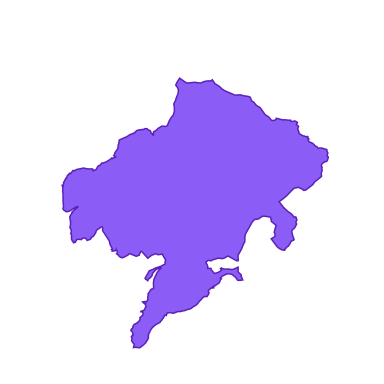 Ilva Mica, Bistrita-Nasaud, Romania, rotated 236°
{"feature_id": "2599482B62914410963288", "entity_name": "Ilva Mica", "entity_type": "district", "adm_level": 2, "iso_a3": "ROU", "parent_name": "Romania", "parent_adm1": "Bistrita-Nasaud", "projection": "mercator", "projection_center": [24.67, 47.297], "detail": "fine", "context": "isolated", "style": "filled", "palette": "violet", "viewbox_px": 384, "rotation_deg": 236, "n_neighbors": 0, "source": "geoboundaries", "source_scale": "gbopen_adm2", "svg_char_len": 5962}
<svg xmlns="http://www.w3.org/2000/svg" viewBox="0 0 384 384"><g transform="rotate(236 192 192)"><path d="M237.8,293.4L239.9,292.0L242.8,288.7L245.5,286.4L248.4,281.7L257.1,276.1L260.4,274.6L264.6,273.6L268.9,271.6L273.7,271.6L273.6,269.6L275.1,267.5L276.7,264.2L277.5,260.0L281.5,255.5L284.9,249.1L286.7,247.9L293.3,245.4L290.9,240.1L289.7,238.3L286.9,238.4L284.5,238.0L281.5,235.6L278.4,231.0L277.2,229.7L275.5,226.6L274.7,225.8L273.5,225.5L268.8,222.6L266.2,219.4L265.4,216.5L263.6,212.7L260.8,208.6L261.0,206.8L262.6,205.1L263.5,203.7L263.7,199.4L263.2,196.9L263.4,193.7L260.7,191.8L261.0,191.5L262.3,191.8L263.3,191.0L265.8,191.7L266.6,191.5L267.9,190.4L269.6,190.2L270.8,188.5L270.9,186.6L271.5,186.2L272.3,183.9L272.8,183.6L273.8,180.7L273.6,178.8L273.0,177.4L273.6,176.5L273.7,174.0L274.3,173.2L274.3,169.0L275.8,160.8L273.8,159.0L271.7,156.6L271.0,156.3L269.5,154.7L268.0,150.9L267.2,149.4L266.6,149.1L265.9,147.4L263.7,148.3L264.1,146.5L264.0,145.1L265.1,144.7L264.8,143.5L264.9,138.0L265.7,134.7L266.5,133.3L265.7,131.1L266.0,129.0L265.5,127.3L264.4,125.7L264.5,123.3L264.9,121.9L265.7,122.5L266.6,122.5L267.6,121.3L267.9,120.6L269.8,118.1L272.5,115.5L275.3,108.6L275.2,106.3L276.4,105.5L275.1,101.4L276.1,100.9L275.5,99.6L275.4,98.1L273.6,95.4L273.9,95.1L271.5,90.6L270.7,90.3L269.9,89.4L270.2,88.1L268.8,88.3L268.7,87.5L266.8,86.8L264.7,85.0L263.0,84.3L255.9,79.6L252.2,77.6L250.2,75.6L249.2,75.5L246.0,76.6L245.0,78.5L244.7,79.6L244.4,86.0L244.5,87.1L244.0,89.0L243.6,89.1L243.2,88.8L243.2,87.3L242.4,81.2L241.9,81.3L240.5,78.0L239.6,76.6L235.2,74.6L232.9,73.1L230.8,70.9L228.3,70.7L227.1,70.1L225.6,68.8L225.5,68.3L223.8,68.1L220.2,65.7L218.3,65.4L217.9,65.8L216.2,65.3L215.6,67.1L216.1,67.2L216.3,68.9L217.0,69.3L216.5,71.2L214.4,73.7L214.7,74.3L214.5,76.3L213.8,77.5L212.8,78.0L210.5,78.0L209.7,81.0L209.8,82.1L210.7,83.4L210.4,84.9L210.6,85.9L212.1,89.4L213.2,90.6L213.9,92.7L213.6,94.2L213.7,95.9L214.0,96.6L213.2,98.1L211.5,97.5L211.0,96.9L209.9,96.3L198.0,96.1L194.2,94.7L189.6,94.2L189.3,93.1L188.6,93.7L187.6,92.7L186.2,95.5L186.8,96.7L186.3,96.4L185.2,97.0L183.8,96.7L183.0,94.9L181.5,95.5L179.2,95.7L178.2,96.2L176.5,97.2L175.9,99.8L175.6,102.8L175.6,104.2L176.0,104.9L175.5,106.1L169.9,109.8L169.1,113.0L169.9,113.8L171.0,115.7L171.3,116.2L171.1,116.7L170.0,117.2L161.8,118.3L162.1,123.3L161.1,127.5L158.9,128.8L157.2,132.5L150.3,132.1L149.5,130.9L147.4,129.5L147.9,124.5L149.5,118.7L149.6,116.7L150.6,112.6L146.8,104.9L145.5,104.7L144.7,105.4L143.2,105.7L144.2,107.5L144.2,109.3L144.7,111.3L145.0,112.1L146.4,113.7L147.0,115.4L147.8,119.0L147.5,121.3L146.5,123.7L146.0,123.3L145.7,120.6L144.6,117.8L140.8,111.5L138.5,109.4L133.5,106.2L133.7,104.7L134.3,103.9L132.1,98.5L131.2,98.3L129.8,96.7L128.2,95.8L127.0,94.6L126.7,93.3L128.5,89.6L127.2,89.7L126.0,90.5L125.7,91.2L125.3,90.3L123.3,90.2L122.8,89.9L122.0,88.1L121.3,87.5L121.0,86.8L120.9,85.6L121.6,83.1L121.4,82.6L119.8,84.1L118.7,83.6L117.4,82.1L117.0,78.6L116.5,78.5L115.4,77.5L114.4,75.6L114.4,73.7L114.2,73.4L114.1,72.8L114.6,70.4L114.3,69.4L114.0,69.1L113.8,68.0L112.7,67.2L112.1,65.7L112.3,65.3L111.6,64.1L111.2,63.8L110.5,64.2L109.2,64.2L106.8,63.7L106.1,62.7L106.6,62.5L105.9,60.7L104.2,60.5L102.9,59.0L100.8,58.6L98.1,59.0L95.7,56.5L95.2,57.8L92.1,61.5L92.3,65.5L92.8,68.8L93.3,70.5L93.8,71.0L94.2,72.4L95.5,74.4L97.1,75.2L97.6,76.0L98.6,76.6L99.3,78.3L101.0,81.1L101.7,83.2L102.3,87.5L101.8,92.7L102.2,93.2L102.8,95.8L103.3,96.5L103.4,97.5L105.1,100.3L104.9,101.1L104.0,101.5L105.4,103.6L105.5,104.2L103.7,107.1L102.3,108.2L101.6,109.5L101.3,111.6L101.0,112.0L100.9,113.4L99.8,114.7L98.9,116.7L98.8,117.7L98.0,118.8L96.8,123.5L96.2,124.6L95.9,126.8L96.2,128.1L95.9,131.5L96.2,134.0L97.4,137.5L97.5,139.0L97.9,139.7L98.6,143.3L96.9,146.1L97.5,147.0L97.7,148.1L98.9,149.8L100.5,149.8L101.3,151.2L101.8,156.1L100.9,155.4L100.4,156.5L101.3,156.8L101.4,157.3L101.5,163.8L103.4,166.7L103.6,167.8L104.8,167.4L105.3,170.7L104.5,175.4L103.3,177.1L101.6,178.9L97.2,180.4L93.3,180.5L91.8,182.5L90.7,184.9L95.1,185.8L95.4,186.2L96.0,186.5L99.3,185.6L100.4,185.8L103.9,188.2L104.8,182.9L106.0,181.0L108.0,178.9L108.7,177.4L111.5,174.1L112.5,174.1L112.6,172.8L110.8,172.7L110.6,172.2L110.6,169.8L111.0,167.6L112.0,165.0L116.6,164.5L118.1,165.0L119.9,162.3L121.2,163.3L122.7,163.8L126.0,164.2L126.4,167.1L124.3,169.3L124.1,171.6L122.8,175.4L122.9,176.2L119.7,180.0L119.1,182.1L119.0,184.9L118.7,186.1L109.8,190.7L109.2,192.0L113.6,194.5L117.0,201.1L120.6,206.5L121.0,207.7L126.1,211.5L127.4,213.1L133.5,225.3L134.2,228.5L132.5,232.0L132.5,236.9L131.3,238.7L127.3,243.0L125.1,242.3L123.2,241.3L117.4,243.1L112.7,237.6L110.5,237.3L108.7,235.6L108.9,231.5L99.8,231.9L97.4,232.4L95.2,233.4L93.2,234.7L91.9,236.2L92.5,237.0L93.3,240.2L93.2,241.5L94.3,244.2L95.1,245.3L95.7,247.0L95.3,248.9L95.4,250.0L98.0,250.8L99.1,250.9L103.3,252.5L104.2,253.5L104.7,254.6L104.6,256.0L105.1,257.6L106.9,260.8L108.6,261.0L110.4,263.5L113.4,264.1L114.0,262.5L117.0,262.4L119.7,261.7L121.9,260.7L127.9,259.3L135.3,258.8L135.4,263.2L135.9,268.1L137.5,275.4L138.0,278.8L136.4,282.8L132.7,285.0L130.7,285.6L130.0,287.7L130.6,296.5L131.8,299.4L132.4,308.0L135.6,309.9L137.0,312.0L138.2,312.4L139.9,313.8L140.6,313.4L142.4,314.9L142.8,316.5L142.8,318.6L142.1,320.7L142.4,321.8L144.2,324.0L145.0,324.6L146.1,324.2L146.8,324.4L147.8,325.9L148.6,326.5L150.5,326.8L151.8,327.5L155.8,324.2L156.8,322.9L157.6,321.2L159.9,320.8L161.6,319.8L163.2,319.7L165.6,318.9L167.8,317.3L169.7,317.2L171.1,318.0L170.8,318.5L172.2,318.5L173.2,319.0L173.6,318.7L173.7,317.6L175.8,316.3L176.2,315.6L179.2,314.1L181.3,313.6L182.2,314.3L185.0,314.8L186.8,317.0L188.2,316.8L189.2,316.1L190.2,317.0L190.3,317.9L190.8,318.3L191.4,318.1L193.4,317.0L194.2,315.0L194.9,313.9L195.3,313.5L196.4,313.9L197.2,312.6L200.1,309.2L200.9,307.7L206.0,303.1L205.2,302.3L205.2,300.4L206.8,298.0L211.2,297.6L215.2,295.9L223.7,295.7L227.8,293.8L232.1,293.4L234.1,292.4L236.8,292.9L237.8,293.4Z" fill="#8b5cf6" stroke="#5b21b6" stroke-width="1.5"/></g></svg>